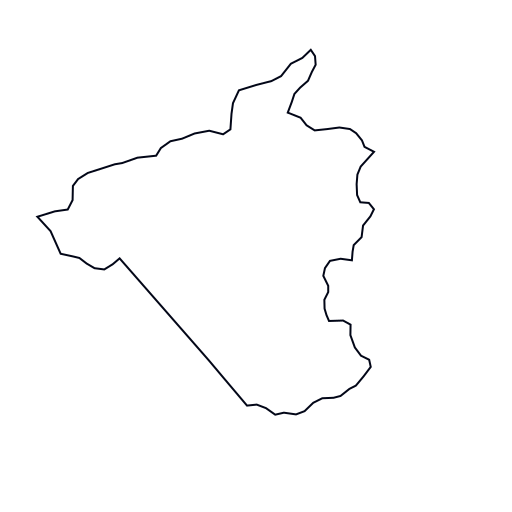 Itaguari, Goiás, Brazil, rotated 56°
{"feature_id": "56859067B11030704466933", "entity_name": "Itaguari", "entity_type": "district", "adm_level": 2, "iso_a3": "BRA", "parent_name": "Brazil", "parent_adm1": "Goiás", "projection": "mercator", "projection_center": [-49.628, -15.936], "detail": "fine", "context": "isolated", "style": "outline", "palette": "ink", "viewbox_px": 512, "rotation_deg": 56, "n_neighbors": 0, "source": "geoboundaries", "source_scale": "gbopen_adm2", "svg_char_len": 1381}
<svg xmlns="http://www.w3.org/2000/svg" viewBox="0 0 512 512"><g transform="rotate(56 256 256)"><path d="M101.2,415.3L120.5,412.4L144.9,416.7L154.2,407.8L158.9,403.5L167.6,400.6L175.8,396.7L182.3,389.3L182.7,379.3L181.7,370.4L315.9,353.5L339.3,351.0L375.0,347.1L379.6,338.5L387.7,332.8L398.3,328.8L401.5,320.5L409.7,311.4L411.8,302.5L409.7,290.6L411.0,280.6L416.9,271.0L419.3,264.2L418.4,252.8L419.3,245.7L416.0,234.3L412.1,222.9L405.3,220.2L397.4,224.7L387.1,225.2L374.4,222.0L365.8,216.0L358.2,219.9L350.7,231.8L344.4,230.6L338.0,228.6L330.5,223.8L326.3,216.3L321.1,212.8L310.1,211.3L304.6,205.6L301.4,197.4L305.6,187.4L313.2,178.9L306.4,173.5L301.6,168.9L299.4,157.9L290.6,150.2L287.1,139.0L283.2,132.1L275.1,132.8L269.8,139.5L262.0,138.1L252.7,132.4L245.2,126.4L240.4,119.2L235.6,99.9L226.2,105.0L219.4,103.5L210.2,104.3L203.3,107.1L196.1,115.0L190.6,126.0L184.7,137.1L175.9,141.0L166.3,141.7L154.9,149.5L148.3,140.2L143.1,133.5L141.1,125.3L139.8,114.9L134.6,106.7L130.8,99.6L123.3,95.3L115.7,95.3L117.7,106.8L116.1,119.6L120.9,134.6L119.6,145.4L114.4,160.0L109.1,177.5L116.4,189.6L124.3,196.7L136.7,206.4L136.7,215.2L126.0,224.7L120.1,238.4L117.4,251.7L113.0,262.8L113.3,274.5L117.0,282.7L108.2,299.3L104.1,315.0L101.0,321.8L97.5,333.9L93.1,348.9L92.7,360.4L95.5,368.6L107.1,376.8L112.2,386.1L106.5,397.8L101.2,415.3Z" fill="none" stroke="#020617" stroke-width="2"/></g></svg>